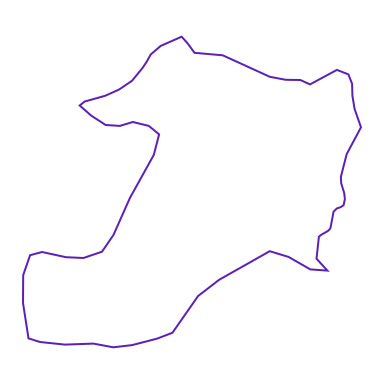 SVG path tracing the border of Zondoma
{"feature_id": "BFA-2818", "entity_name": "Zondoma", "entity_type": "Province", "adm_level": 1, "iso_a3": "BFA", "parent_name": "Burkina Faso", "parent_adm1": "", "projection": "equal_earth", "projection_center": [-2.349, 13.173], "detail": "fine", "context": "isolated", "style": "outline", "palette": "violet", "viewbox_px": 384, "rotation_deg": 0, "n_neighbors": 0, "source": "natural_earth", "source_scale": "10m", "svg_char_len": 923}
<svg xmlns="http://www.w3.org/2000/svg" viewBox="0 0 384 384"><path d="M327.4,270.6L310.3,269.4L288.5,256.9L269.7,251.2L219.1,279.8L198.1,296.0L172.5,332.7L157.2,338.6L132.1,345.1L113.3,347.3L93.4,343.6L64.9,344.6L40.0,342.0L28.5,338.4L23.0,302.9L23.2,275.1L30.1,255.2L42.0,252.0L66.0,257.2L83.4,258.0L102.0,251.7L113.5,234.9L130.0,197.8L153.8,154.9L159.1,134.4L148.8,125.9L132.8,122.0L119.9,125.9L105.7,125.0L91.3,115.7L79.7,105.5L84.7,101.5L105.1,95.8L119.1,89.5L132.0,80.8L142.5,68.0L146.7,61.7L150.7,54.5L160.7,45.9L181.6,36.7L187.4,43.1L194.5,52.8L222.7,55.3L269.8,76.8L285.8,79.8L300.3,80.0L310.0,84.4L336.9,69.9L348.4,74.4L352.1,83.8L352.4,95.6L354.6,109.0L361.0,127.3L346.7,154.1L340.9,176.7L341.2,183.2L344.2,193.0L344.9,199.1L343.6,205.2L340.6,207.2L336.9,208.4L333.6,211.6L330.5,227.8L329.9,228.9L328.3,230.7L321.1,234.9L318.9,236.7L316.5,258.7L327.4,270.6Z" fill="none" stroke="#5b21b6" stroke-width="2"/></svg>